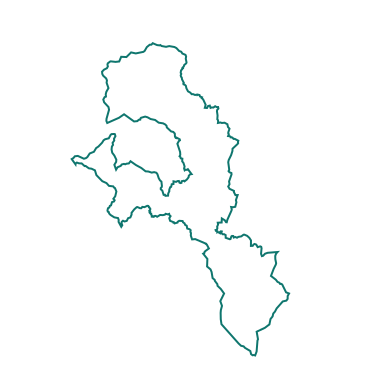 the district of Riobamba, Chimborazo, Ecuador, rotated 203°
{"feature_id": "8360857B36561787951803", "entity_name": "Riobamba", "entity_type": "district", "adm_level": 2, "iso_a3": "ECU", "parent_name": "Ecuador", "parent_adm1": "Chimborazo", "projection": "albers", "projection_center": [-78.614, -1.707], "detail": "fine", "context": "isolated", "style": "outline", "palette": "teal", "viewbox_px": 384, "rotation_deg": 203, "n_neighbors": 0, "source": "geoboundaries", "source_scale": "gbopen_adm2", "svg_char_len": 6080}
<svg xmlns="http://www.w3.org/2000/svg" viewBox="0 0 384 384"><g transform="rotate(203 192 192)"><path d="M72.4,65.4L71.4,66.1L70.0,66.2L70.2,70.4L73.7,80.9L73.7,82.2L77.9,88.7L71.8,95.5L69.0,100.4L70.1,105.8L69.2,108.9L69.7,111.9L68.9,114.3L68.6,117.9L65.7,126.7L62.7,128.9L62.2,131.0L63.3,133.6L63.0,136.5L66.2,136.4L72.8,142.1L73.9,142.3L75.0,141.8L76.0,142.6L78.2,142.7L80.5,144.0L86.5,145.6L86.8,153.3L86.5,157.9L86.7,159.3L89.1,162.8L90.4,165.7L90.5,168.2L89.8,170.2L98.6,165.6L100.7,163.7L101.6,161.1L102.6,160.3L104.3,162.1L106.0,167.4L106.9,168.6L108.0,168.6L110.0,166.9L112.3,168.7L114.1,168.6L114.9,167.6L115.1,166.1L116.7,165.4L118.8,170.5L121.3,172.2L124.1,173.2L127.1,173.2L127.9,172.8L129.3,170.4L131.8,168.8L132.7,167.5L134.6,167.5L135.8,166.4L136.8,167.6L138.0,167.2L138.4,166.5L138.2,163.7L138.7,163.3L143.1,163.0L144.2,165.5L146.0,165.7L147.1,165.1L149.1,165.7L149.2,167.3L150.1,167.1L150.6,166.2L150.2,165.0L152.5,165.3L153.0,164.8L153.3,165.7L154.9,165.6L155.4,166.2L154.4,166.9L154.5,168.6L155.3,169.9L155.3,172.3L156.3,173.8L152.8,175.5L154.2,179.3L150.8,178.8L148.9,177.5L148.2,177.7L148.6,180.3L148.4,190.4L148.6,191.5L150.1,193.5L148.3,194.0L146.4,195.3L147.1,199.9L148.4,201.7L148.8,207.0L150.8,206.1L153.4,208.3L153.8,209.4L158.7,209.6L160.8,211.2L160.5,213.8L162.0,216.2L162.5,223.7L163.2,224.9L165.2,224.8L166.5,225.5L166.4,227.0L170.3,233.6L170.7,235.7L170.4,241.3L170.8,245.5L171.6,247.7L168.8,254.0L168.6,255.0L169.2,255.8L169.4,257.3L173.5,257.6L174.5,257.1L176.1,257.9L177.8,257.4L178.1,258.0L179.2,258.1L180.6,257.6L180.7,259.6L181.5,260.1L181.9,261.1L182.2,264.9L184.3,265.9L185.9,268.2L189.1,268.5L191.5,267.2L193.0,267.1L195.1,265.7L195.5,267.2L196.3,268.4L197.1,268.8L198.4,272.5L200.6,276.1L200.9,277.3L200.3,279.1L201.2,280.4L202.4,279.8L204.2,280.0L205.3,278.1L206.8,277.6L207.8,276.7L209.4,278.5L210.8,277.4L211.0,275.2L213.1,274.5L213.5,277.6L217.9,281.6L219.9,282.3L219.8,283.1L222.0,283.1L223.0,284.2L224.7,283.9L225.1,283.3L225.5,283.6L227.1,282.5L229.3,282.5L230.5,281.9L232.4,282.8L235.0,283.1L237.6,285.2L239.2,287.4L240.6,287.9L241.9,287.8L242.4,288.6L242.2,289.3L245.2,291.8L246.2,293.4L247.1,293.8L248.0,295.0L248.0,296.5L249.0,297.3L249.6,299.7L249.0,301.1L249.3,301.9L248.7,302.4L249.2,303.0L248.6,304.3L248.8,305.8L247.6,308.2L247.7,309.2L249.8,312.2L250.4,314.5L251.6,315.7L255.0,315.7L256.7,316.9L259.0,316.8L262.6,318.4L264.8,318.6L270.0,317.4L272.6,315.5L277.0,314.5L278.6,314.9L279.1,314.3L281.5,313.6L286.3,313.6L286.9,311.8L288.5,311.0L290.2,307.7L290.7,303.4L291.5,302.0L297.9,297.6L302.6,296.7L305.1,290.6L310.0,288.8L310.0,283.7L313.2,281.9L317.9,280.5L318.4,280.0L319.8,277.5L319.6,276.2L318.5,274.7L318.7,272.7L320.8,270.2L321.8,267.6L320.7,265.6L319.3,264.4L315.4,263.0L313.9,261.5L313.3,259.2L309.5,255.0L310.0,250.8L309.6,248.3L308.5,246.2L309.5,245.2L309.8,242.5L307.9,240.2L302.1,237.6L300.5,235.3L299.3,226.0L298.6,224.0L297.0,222.4L288.2,231.8L284.9,237.0L272.9,234.3L270.0,235.9L269.3,237.6L267.9,238.4L268.2,239.5L267.9,240.4L264.6,243.1L262.1,243.4L258.6,243.0L254.1,243.9L249.8,242.8L245.4,243.9L243.0,243.7L241.3,243.0L240.4,241.6L234.9,239.6L232.7,240.0L230.7,239.1L229.3,236.3L228.1,235.4L227.4,235.5L227.4,236.0L223.9,235.7L223.3,234.9L224.0,233.8L224.3,230.7L218.6,224.2L217.3,221.6L217.4,220.0L216.4,219.7L215.5,218.6L213.9,218.9L213.0,216.4L211.2,215.4L208.8,212.6L208.5,210.6L207.2,209.1L206.6,210.1L205.3,210.4L204.7,211.4L199.4,208.3L200.6,207.6L201.3,205.7L200.9,204.2L201.6,201.5L203.0,198.9L203.9,199.2L205.7,197.9L205.3,196.3L206.1,195.7L207.2,195.7L208.4,197.0L209.7,196.3L210.6,195.1L213.2,194.6L212.2,192.1L213.7,191.2L213.2,188.6L213.9,188.0L213.9,186.4L213.7,184.7L213.2,184.1L213.3,181.3L212.6,179.3L215.0,178.1L215.8,178.9L217.0,178.3L219.9,181.7L221.8,182.3L222.3,183.4L221.8,184.8L222.1,185.9L224.2,189.6L226.0,190.2L228.0,191.7L230.8,194.9L232.3,195.8L234.6,195.5L236.7,194.1L240.2,193.8L242.8,192.9L248.0,194.3L254.1,194.9L260.6,196.3L261.3,193.6L263.3,192.5L264.3,191.4L265.6,191.3L267.5,189.8L267.8,188.2L270.2,185.7L270.6,182.9L274.1,186.7L273.6,190.1L274.3,192.2L277.7,195.2L280.8,197.0L282.7,199.8L283.5,202.6L283.1,204.5L284.3,206.2L283.7,209.0L284.6,210.5L284.3,213.5L285.6,215.1L286.3,215.0L288.6,213.9L289.2,213.0L289.6,208.9L292.6,206.6L293.6,205.0L294.0,202.3L295.9,197.3L297.4,195.0L298.0,190.7L301.2,187.5L302.0,183.2L302.9,181.7L304.5,180.4L311.2,180.6L313.8,179.1L314.4,177.0L315.6,175.3L310.0,171.9L310.3,172.9L309.5,174.1L307.3,174.2L304.7,175.2L301.0,173.9L300.1,174.4L296.2,173.5L293.6,174.2L289.8,174.0L286.6,170.2L278.8,166.9L274.2,166.8L270.8,165.2L266.7,166.4L265.2,165.5L264.4,165.5L261.8,162.9L261.0,158.1L261.7,155.0L260.0,154.2L260.1,152.8L261.7,151.4L261.3,148.1L262.2,147.1L262.1,145.4L263.0,144.2L262.6,142.0L261.8,141.0L260.9,141.1L259.8,139.8L257.9,139.0L253.6,138.3L249.9,139.1L248.6,137.7L247.9,135.8L243.5,132.3L243.2,134.2L244.8,135.9L245.0,137.1L244.3,138.6L242.6,138.5L240.8,139.9L240.6,142.9L238.8,144.5L238.8,147.6L239.5,149.2L238.4,153.4L237.0,156.4L236.4,156.8L233.4,156.8L232.3,157.3L231.9,158.9L229.8,159.5L227.8,161.8L226.8,162.1L225.6,161.4L225.6,161.0L224.0,160.5L223.6,159.7L223.9,158.4L223.3,158.1L223.7,157.7L222.7,156.9L222.9,156.4L221.4,155.7L221.0,156.0L219.7,154.1L219.1,154.3L219.1,153.7L217.5,154.2L216.9,155.4L216.0,155.8L214.4,155.6L212.4,158.4L209.8,159.3L208.1,160.5L207.8,161.6L205.5,162.0L204.5,162.9L204.0,162.1L202.3,161.4L202.7,159.1L200.9,156.9L197.6,157.0L197.2,156.6L196.8,157.0L195.8,156.3L193.4,158.2L193.5,159.1L192.5,160.5L189.3,161.6L188.4,160.6L186.5,160.2L185.6,159.1L183.7,158.9L182.1,156.5L179.7,156.8L178.3,156.3L177.9,154.6L176.9,153.8L176.1,151.5L173.4,148.4L170.6,149.9L159.0,149.9L159.0,149.6L157.7,149.3L154.4,146.6L156.6,142.9L157.0,141.7L156.8,140.5L157.6,139.6L151.7,136.4L149.0,129.3L144.7,128.0L142.7,126.0L139.4,120.8L136.8,120.0L136.2,119.1L132.7,117.1L131.8,115.6L127.6,114.0L122.8,111.1L123.3,102.6L119.9,98.9L119.3,94.6L118.4,91.9L115.8,86.1L113.2,81.8L90.0,70.8L86.7,69.6L84.2,70.1L82.2,69.2L76.2,68.4L74.2,65.8L72.4,65.4Z" fill="none" stroke="#0f766e" stroke-width="2"/></g></svg>